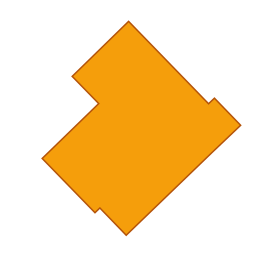 Grundy, Iowa, United States of America, rotated 136°
{"feature_id": "52423323B59450534415384", "entity_name": "Grundy", "entity_type": "district", "adm_level": 2, "iso_a3": "USA", "parent_name": "United States of America", "parent_adm1": "Iowa", "projection": "equal_earth", "projection_center": [-92.822, 42.383], "detail": "fine", "context": "isolated", "style": "filled", "palette": "amber", "viewbox_px": 256, "rotation_deg": 136, "n_neighbors": 0, "source": "geoboundaries", "source_scale": "gbopen_adm2", "svg_char_len": 313}
<svg xmlns="http://www.w3.org/2000/svg" viewBox="0 0 256 256"><g transform="rotate(136 128 128)"><path d="M53.5,204.3L132.3,203.9L132.1,165.9L210.9,165.7L210.6,90.0L203.8,90.0L203.8,52.1L85.1,52.0L45.1,51.7L45.1,89.4L53.2,89.5L53.3,127.8L53.5,204.3Z" fill="#f59e0b" stroke="#b45309" stroke-width="1.5"/></g></svg>